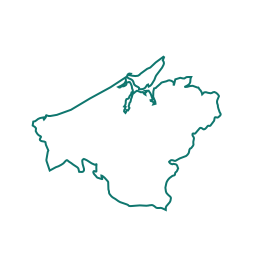 the border of Southern, rotated 127°
{"feature_id": "SLE-760", "entity_name": "Southern", "entity_type": "Province", "adm_level": 1, "iso_a3": "SLE", "parent_name": "Sierra Leone", "parent_adm1": "", "projection": "robinson", "projection_center": [-12.13, 7.714], "detail": "fine", "context": "isolated", "style": "outline", "palette": "teal", "viewbox_px": 256, "rotation_deg": 127, "n_neighbors": 0, "source": "natural_earth", "source_scale": "10m", "svg_char_len": 5689}
<svg xmlns="http://www.w3.org/2000/svg" viewBox="0 0 256 256"><g transform="rotate(127 128 128)"><path d="M209.1,164.9L203.4,173.2L202.6,174.0L195.4,177.7L193.9,178.1L190.8,183.5L189.2,185.2L189.0,185.5L189.2,186.6L190.4,188.9L190.7,190.1L190.6,191.0L190.1,191.6L189.4,191.8L187.5,192.1L187.2,192.7L187.5,194.8L187.4,196.2L186.8,198.1L186.0,199.8L183.6,201.3L183.2,203.0L183.4,205.6L182.7,206.0L179.9,207.5L178.4,206.2L174.8,205.2L173.0,204.2L171.4,202.8L170.0,201.5L170.8,201.4L171.2,201.2L171.5,200.8L171.8,200.2L169.4,200.1L168.3,200.3L167.6,200.9L167.0,200.9L166.2,198.6L165.0,197.1L160.3,192.7L147.8,184.5L127.2,176.1L106.0,166.5L89.1,160.4L91.7,157.9L95.0,157.7L98.3,158.9L101.1,160.4L101.0,159.5L100.6,158.9L99.9,158.5L99.0,158.4L98.4,158.1L97.6,156.9L96.9,156.3L95.3,155.6L94.3,155.5L92.8,156.4L92.0,156.0L91.3,155.3L90.6,154.9L90.3,154.0L91.1,152.2L92.2,150.3L93.9,148.6L94.8,147.1L96.0,146.0L97.5,146.6L98.5,146.1L99.5,145.9L101.7,145.9L102.2,145.8L103.3,145.4L103.8,145.3L104.5,145.5L105.6,146.4L106.0,146.6L107.7,146.1L109.2,145.0L110.9,144.1L113.2,144.0L113.1,143.7L112.9,142.9L112.7,142.6L114.3,142.0L115.9,141.8L117.1,141.1L117.5,139.1L116.8,139.1L116.3,139.3L115.7,139.3L115.1,139.4L114.5,139.8L114.0,138.9L113.8,138.5L113.0,138.7L112.0,138.7L111.1,138.9L110.8,139.5L110.5,140.3L110.0,140.7L108.4,141.2L107.4,141.8L105.7,141.8L104.8,142.1L103.0,143.0L101.1,143.5L99.2,144.3L98.1,144.6L97.6,144.6L95.8,144.1L94.8,144.0L92.8,143.2L92.2,141.3L91.7,139.2L90.3,137.7L90.3,137.1L90.7,136.7L90.9,136.1L91.0,135.3L90.9,134.3L90.3,135.0L89.6,135.5L89.0,135.5L88.5,135.0L87.9,135.0L87.9,136.4L85.8,134.0L86.9,130.7L90.3,125.4L91.7,126.2L92.2,126.7L92.7,126.1L92.2,124.8L92.1,123.4L92.6,122.3L93.9,122.0L92.1,120.6L90.5,122.2L87.9,126.7L83.5,129.8L80.7,131.0L79.4,129.9L78.7,129.9L73.0,128.7L72.5,128.7L71.9,128.6L71.0,128.2L67.5,125.4L66.2,124.7L65.1,123.8L64.3,122.0L64.0,120.1L64.3,118.9L65.2,118.0L66.7,117.2L65.2,117.5L60.7,119.5L56.5,116.5L55.3,113.9L54.5,112.8L53.2,112.3L52.2,111.9L51.1,110.7L49.2,108.2L50.9,107.8L53.9,105.9L55.6,105.5L57.0,105.7L58.4,106.2L61.3,107.6L59.6,105.6L57.3,103.8L55.4,101.8L53.9,96.9L53.8,96.6L53.4,96.3L53.5,95.5L54.1,94.2L54.3,92.8L54.8,91.4L55.6,90.1L56.5,89.0L53.7,88.6L52.5,87.3L51.8,85.4L50.5,82.9L49.5,82.1L48.3,81.6L47.3,80.7L46.9,79.1L46.9,77.7L47.1,76.4L47.5,75.1L47.7,74.7L47.9,74.5L52.2,73.4L53.2,72.9L54.4,71.9L55.8,69.9L56.9,69.0L58.3,67.2L59.3,65.6L59.9,64.9L60.3,64.0L60.7,63.1L60.9,62.7L61.2,62.3L61.8,62.0L62.6,61.9L64.3,62.2L65.1,62.4L65.7,62.7L66.0,63.1L66.2,63.5L66.4,64.0L66.6,64.4L66.9,64.8L67.4,64.9L68.0,64.8L69.9,63.8L70.6,63.6L75.9,63.6L76.4,63.6L76.9,63.8L77.2,64.1L77.5,64.5L77.7,65.0L78.1,65.4L78.9,65.6L80.5,65.6L82.1,65.8L82.9,66.2L83.3,66.5L83.6,66.9L83.7,67.4L83.7,68.6L83.8,69.2L84.0,69.7L84.2,70.1L84.5,70.4L85.1,70.6L91.8,71.0L92.2,71.3L92.6,71.6L92.8,72.0L93.0,72.5L93.3,72.8L93.8,72.9L94.7,72.4L95.1,71.9L95.4,71.3L95.9,69.9L96.2,69.5L96.5,69.2L96.9,68.9L99.6,67.6L100.4,67.0L100.9,66.6L101.6,65.9L102.2,65.6L103.0,65.4L105.5,65.4L106.2,65.5L106.6,65.7L107.0,66.0L107.5,66.0L108.3,65.9L110.8,64.7L111.4,64.5L112.2,64.4L113.5,64.4L115.2,64.7L115.8,65.0L121.2,68.4L125.6,70.3L125.9,70.6L126.2,71.0L126.7,72.5L126.9,73.0L127.4,73.8L127.7,74.1L128.1,74.4L128.6,74.5L129.1,74.6L129.9,74.8L130.3,74.8L130.6,74.2L130.8,73.1L130.8,72.6L130.7,72.1L130.4,71.1L130.2,70.7L129.8,70.5L129.4,70.3L129.2,69.9L128.3,68.1L128.2,67.6L128.2,67.1L128.3,66.6L128.5,66.1L130.0,63.8L130.3,63.5L130.7,63.5L131.3,63.5L132.1,63.1L133.5,63.0L134.7,63.3L135.2,63.3L135.8,63.1L136.7,62.6L137.3,62.4L138.0,62.6L139.5,63.7L142.9,64.7L145.1,64.9L147.4,64.7L149.0,64.2L153.2,62.2L153.7,61.7L155.8,59.6L156.4,58.7L156.8,57.9L157.2,55.7L157.4,53.2L157.5,52.6L157.7,52.2L157.9,51.8L158.4,51.4L160.4,50.4L161.4,50.1L162.4,50.0L167.4,50.3L168.7,50.0L170.7,48.5L171.6,52.7L172.3,54.1L173.0,54.8L174.3,56.5L174.6,57.3L174.7,58.0L174.6,59.6L174.7,61.2L174.9,62.0L175.2,62.6L177.1,64.6L177.5,64.9L179.0,66.5L182.7,72.0L188.7,78.8L189.3,79.7L189.6,80.4L189.6,80.9L189.5,81.3L189.5,81.7L189.6,82.3L189.7,82.8L191.9,89.6L192.2,91.6L192.3,95.4L192.6,98.1L192.6,99.2L192.5,100.3L192.0,102.4L191.7,103.3L191.4,103.8L191.2,104.1L190.8,104.4L190.1,105.0L189.1,106.3L188.8,106.7L183.1,111.3L182.9,111.7L182.7,112.2L181.8,116.8L181.7,119.2L181.8,120.1L182.0,120.6L182.5,120.2L183.8,118.3L184.1,118.0L184.3,117.9L184.5,118.1L186.0,122.3L186.1,123.1L186.0,123.7L185.8,124.1L185.7,124.6L185.3,126.9L185.0,127.9L184.5,128.7L184.2,129.1L183.8,129.3L183.4,129.4L183.0,129.3L182.7,129.0L182.4,128.0L182.2,127.5L181.9,127.2L181.6,127.2L181.3,127.4L178.4,129.7L176.0,131.3L176.0,131.5L176.3,131.7L177.2,132.2L177.6,133.5L178.1,135.8L178.5,141.2L178.9,143.3L179.3,144.6L179.7,144.7L180.1,145.0L180.6,145.1L181.0,145.1L181.5,144.9L181.9,144.7L182.2,144.4L184.2,142.4L187.0,138.7L187.7,138.1L188.5,137.6L189.0,137.6L189.5,137.6L190.0,137.7L190.4,138.0L190.7,138.2L191.0,138.6L192.4,140.6L192.2,140.9L190.2,143.3L190.0,144.1L189.9,145.1L190.2,149.6L190.2,150.3L190.2,152.4L190.4,154.7L190.3,157.0L190.5,157.4L190.8,157.7L191.8,158.0L192.8,158.1L194.0,158.2L195.1,158.3L197.4,159.1L200.4,160.5L202.7,162.0L209.1,164.9L209.1,164.9ZM90.3,142.6L89.3,143.3L89.2,144.4L89.7,147.4L89.5,149.2L88.9,150.2L88.1,151.2L87.3,152.8L87.2,154.4L88.0,157.7L87.9,159.0L86.8,160.1L85.3,160.4L83.8,159.8L83.0,158.4L84.8,158.4L83.6,155.9L82.1,153.4L80.3,151.5L78.5,150.8L77.2,150.7L69.2,148.3L66.3,146.6L58.9,145.3L49.8,142.6L49.8,141.8L53.1,140.9L53.5,139.6L54.6,138.3L55.9,137.7L59.3,137.1L68.9,137.1L70.3,136.9L73.7,135.9L78.9,135.4L80.8,135.6L82.5,136.4L81.2,138.1L82.1,138.6L85.5,138.5L87.0,139.0L88.3,139.9L89.3,141.1L90.3,142.6Z" fill="none" stroke="#0f766e" stroke-width="2"/></g></svg>